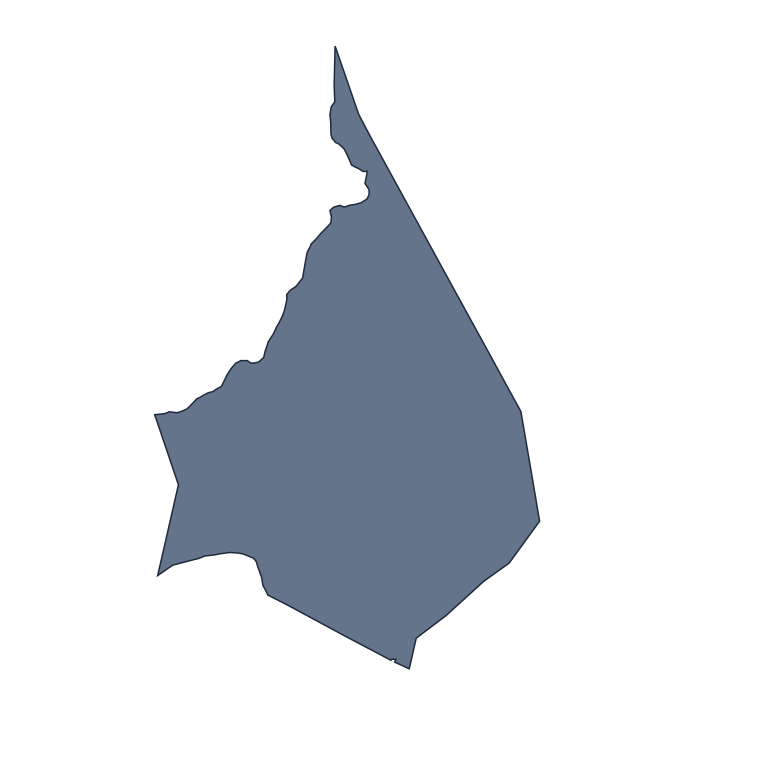 the district of Santo Domingo Tonaltepec, Oaxaca, Mexico, rotated 28°
{"feature_id": "50627088B70552877452577", "entity_name": "Santo Domingo Tonaltepec", "entity_type": "district", "adm_level": 2, "iso_a3": "MEX", "parent_name": "Mexico", "parent_adm1": "Oaxaca", "projection": "mercator", "projection_center": [-97.366, 17.615], "detail": "fine", "context": "isolated", "style": "filled", "palette": "slate", "viewbox_px": 768, "rotation_deg": 28, "n_neighbors": 0, "source": "geoboundaries", "source_scale": "gbopen_adm2", "svg_char_len": 1682}
<svg xmlns="http://www.w3.org/2000/svg" viewBox="0 0 768 768"><g transform="rotate(28 384 384)"><path d="M585.8,432.1L557.7,395.6L527.9,357.1L517.8,344.0L494.1,328.5L464.0,308.6L400.7,267.1L254.6,171.1L235.1,157.8L193.6,119.2L182.2,108.6L199.6,143.4L208.0,157.8L207.3,163.8L208.5,167.7L209.8,171.6L214.0,177.8L216.6,182.4L220.1,188.7L222.9,191.4L227.8,193.5L231.5,193.3L238.6,195.2L244.1,199.2L249.1,203.0L252.3,205.8L256.3,206.0L260.5,205.7L265.8,206.2L269.3,204.1L271.0,208.9L273.0,215.8L279.5,219.4L281.8,223.5L282.2,228.5L278.7,234.7L274.0,239.2L270.4,241.7L265.8,246.4L261.0,247.1L256.4,251.7L254.8,256.2L259.2,261.2L261.4,266.5L260.5,270.5L259.2,275.1L257.5,280.7L256.1,287.5L254.0,294.3L254.4,298.7L254.3,303.7L257.5,313.9L260.9,324.1L262.4,328.8L260.4,339.4L257.2,345.2L256.1,350.8L258.5,354.8L260.8,362.9L261.8,367.2L262.4,372.3L262.6,379.3L262.4,384.5L262.8,391.4L262.5,395.6L262.0,401.2L262.9,406.0L263.8,411.5L265.3,416.9L263.1,423.4L260.3,425.7L256.9,428.1L252.3,427.5L246.6,430.6L243.3,435.3L241.8,442.0L241.1,450.3L241.4,453.9L241.5,462.8L239.0,466.2L236.5,471.0L233.0,474.2L230.8,477.2L228.0,481.9L225.6,485.1L223.8,491.8L222.8,495.3L221.5,498.8L218.5,502.7L215.0,506.4L207.3,509.4L204.6,512.9L195.9,518.8L202.5,524.9L249.8,569.5L259.1,603.9L274.1,659.4L282.4,643.3L295.0,631.6L302.7,624.6L306.4,620.1L314.1,614.8L319.4,610.6L326.9,605.2L334.0,602.0L339.2,600.2L343.8,599.7L350.4,599.1L354.3,600.6L360.4,606.5L366.4,611.9L371.9,618.9L375.9,621.5L380.6,624.9L401.8,624.5L466.4,624.9L519.8,624.7L520.1,623.3L523.8,621.5L524.0,624.6L540.0,623.6L531.8,593.3L547.6,559.1L564.7,511.4L578.6,483.3L585.8,432.1Z" fill="#64748b" stroke="#1e293b" stroke-width="1.5"/></g></svg>